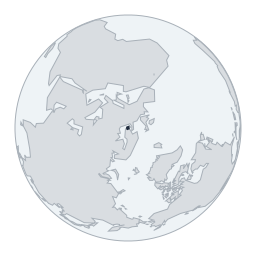 the Earth from above Skåne, rotated 167°
{"feature_id": "SWE-3429", "entity_name": "Skåne", "entity_type": "County", "adm_level": 1, "iso_a3": "SWE", "parent_name": "Sweden", "parent_adm1": "", "projection": "orthographic", "projection_center": [13.454, 55.942], "detail": "fine", "context": "on_globe", "style": "filled", "palette": "slate", "viewbox_px": 256, "rotation_deg": 167, "n_neighbors": 0, "source": "natural_earth", "source_scale": "10m", "svg_char_len": 10542}
<svg xmlns="http://www.w3.org/2000/svg" viewBox="0 0 256 256"><g transform="rotate(167 128 128)"><circle cx="128" cy="128" r="113" fill="#eef3f6" stroke="#a8b0b8"/><path d="M15.5,122.4L15.6,122.8L16.6,116.2L16.9,113.4L16.6,113.1L18.4,102.6L20.4,96.3L32.7,68.0L35.3,64.0L37.6,61.2L52.8,45.7L41.1,56.6L44.9,52.2L50.0,47.2L49.6,47.8L56.5,42.5L61.4,38.7L70.4,34.4L77.9,34.6L74.8,36.1L76.9,36.1L81.0,34.5L83.1,33.4L96.1,32.9L109.8,30.1L113.2,27.6L113.2,29.6L119.1,24.0L126.0,22.4L118.7,25.3L118.4,26.5L123.3,25.7L124.0,26.8L126.8,27.2L127.3,28.6L123.0,30.4L123.2,31.4L126.7,30.9L129.3,32.1L124.1,32.7L128.2,35.0L121.8,38.8L107.7,40.1L104.6,44.1L91.4,50.6L93.1,51.4L89.1,54.7L89.6,57.0L87.0,57.7L89.7,59.0L91.9,57.9L93.8,58.1L94.3,59.4L91.1,60.5L90.4,60.0L89.7,61.0L87.9,61.0L89.1,61.8L85.1,63.1L89.7,63.8L87.2,66.5L84.3,66.8L83.8,64.2L75.8,59.1L72.8,59.0L69.1,61.3L64.0,70.9L61.0,72.0L57.6,75.4L59.6,75.9L63.0,73.4L65.9,75.4L69.7,72.4L71.4,72.8L75.7,71.0L75.9,74.1L73.9,78.3L70.4,80.0L69.4,82.0L73.5,82.8L67.6,88.7L65.0,97.3L63.4,98.6L58.9,96.5L57.1,90.0L51.3,88.1L55.9,92.4L51.8,95.9L51.5,97.9L52.3,99.6L54.2,99.4L53.0,101.4L47.9,97.7L48.9,95.8L50.5,97.0L49.6,94.0L46.2,91.9L44.4,94.1L41.1,89.2L39.8,90.7L38.3,90.6L40.6,88.4L36.4,92.4L32.2,88.4L26.3,95.5L31.2,86.4L32.3,82.3L33.1,78.1L32.1,79.1L34.6,72.6L34.5,69.5L31.0,72.5L27.4,78.4L25.0,84.9L25.8,84.7L25.0,89.0L22.2,91.5L20.1,100.6L18.4,104.3L17.3,109.0L17.1,112.6L16.6,118.1L17.5,118.5L18.4,122.0L17.2,125.8L18.6,125.2L18.4,129.8L20.9,139.5L20.4,139.6L22.3,152.3L26.4,163.0L27.3,167.8L26.6,168.4L28.5,172.0L28.5,173.1L37.6,186.7L43.8,195.3L44.6,198.8L41.4,198.1L42.9,201.8L37.5,195.1L32.7,188.0L28.4,180.6L24.7,172.8L21.5,164.8L19.0,156.6L17.2,148.2L16.0,139.6L15.4,131.0L15.5,122.4ZM24.7,97.1L22.4,109.7L22.1,104.7L22.4,105.2L23.3,101.5L24.5,95.8L24.6,91.8L24.7,97.1ZM27.3,97.9L27.5,96.0L27.5,97.6L27.3,97.9ZM84.0,32.7L81.0,34.3L77.1,35.6L79.5,34.1L84.0,32.7ZM91.5,31.1L90.3,32.0L88.0,31.5L89.4,31.1L91.5,31.1ZM115.5,25.7L113.0,26.3L115.2,25.4L115.5,25.7ZM127.2,27.0L127.6,26.5L128.9,26.9L127.2,27.0ZM75.3,69.4L75.5,70.2L74.6,70.1L75.3,69.4ZM76.9,67.9L75.7,67.3L76.3,66.5L77.1,66.9L76.9,67.9ZM130.7,29.5L132.5,30.4L129.9,29.7L130.7,29.5ZM78.2,68.9L77.6,65.2L78.7,63.8L82.3,64.3L78.2,68.9ZM133.1,31.1L137.6,33.4L139.1,32.5L137.4,36.5L134.1,33.1L130.7,32.5L132.9,32.0L133.1,31.1ZM92.4,57.0L90.0,58.2L91.6,56.0L92.4,57.0ZM93.0,55.5L95.0,48.9L98.8,47.8L97.3,50.2L101.9,48.1L102.7,50.8L100.4,52.6L97.8,52.7L100.1,53.7L93.0,55.5ZM135.8,38.5L136.2,39.4L134.9,38.8L135.8,38.5ZM94.7,58.0L94.8,56.7L98.1,55.7L98.6,58.2L97.3,57.7L94.7,58.0ZM102.7,46.2L105.2,46.0L106.6,48.2L107.7,48.4L103.1,50.8L102.7,46.2ZM96.8,58.6L98.7,59.5L97.6,61.1L94.9,59.2L96.8,58.6ZM98.8,54.4L100.3,54.1L99.6,55.1L98.8,54.4ZM94.7,67.9L94.7,66.2L96.5,65.5L94.7,67.9ZM99.5,59.7L99.8,59.1L100.5,58.7L101.5,59.6L99.5,59.7ZM104.4,52.2L104.4,53.2L106.4,51.3L107.5,53.0L104.2,54.4L106.1,54.5L106.4,55.0L103.3,55.5L104.4,52.2ZM104.5,59.3L100.7,61.8L100.3,65.0L98.7,65.7L99.7,60.4L104.5,59.3ZM104.1,57.0L104.0,58.6L102.1,58.6L101.0,57.5L104.1,57.0ZM109.4,53.6L108.6,50.8L109.3,50.6L109.4,53.6ZM104.8,60.3L105.7,59.6L105.0,60.5L104.8,60.3ZM108.4,55.6L108.0,54.6L108.9,54.4L108.4,55.6ZM107.9,59.3L106.6,60.1L105.8,59.4L107.9,59.3ZM108.4,57.6L109.7,57.6L106.3,58.6L108.1,57.2L108.4,57.6ZM109.3,55.6L109.7,55.2L109.4,56.1L109.3,55.6ZM111.5,61.8L107.4,63.2L105.7,61.6L109.9,60.3L111.5,61.8ZM136.0,240.4L131.1,239.8L124.6,235.5L128.3,232.4L127.6,229.7L118.9,222.2L120.8,217.6L118.3,215.4L113.2,215.6L110.2,212.7L107.1,212.3L87.0,209.8L80.5,204.3L71.8,189.3L75.1,185.5L75.1,179.2L97.7,162.6L103.2,165.1L121.8,163.7L124.3,164.7L122.9,170.4L137.5,176.4L141.3,171.4L153.8,172.8L161.5,170.6L162.9,159.4L150.1,162.9L147.1,158.2L156.7,150.9L167.7,147.8L166.9,145.9L159.3,143.6L161.1,138.7L156.5,142.4L158.9,144.0L156.1,146.4L153.8,145.2L154.5,143.4L151.0,143.4L148.4,151.9L150.5,154.4L141.7,157.5L144.4,162.1L142.2,164.7L136.9,158.1L136.9,155.3L127.6,148.0L126.8,151.1L135.5,158.3L133.1,158.0L132.1,162.6L130.9,158.8L121.6,150.4L113.2,152.0L103.7,162.4L98.6,162.5L93.7,159.2L96.0,147.8L107.3,149.0L108.2,145.3L105.0,139.2L108.6,140.2L108.7,137.9L112.8,138.1L117.7,133.0L121.8,132.5L122.8,125.5L125.0,124.4L123.8,128.8L125.1,131.7L135.1,130.7L136.7,129.0L136.6,124.6L139.3,125.0L137.9,120.9L143.2,118.2L135.5,118.2L135.1,113.4L137.8,109.2L136.3,107.7L132.0,114.5L131.5,117.3L133.2,119.7L130.7,127.6L127.4,129.1L124.9,121.0L120.0,122.4L120.2,115.7L131.9,100.8L137.2,97.4L148.0,101.4L147.3,104.8L143.1,104.9L147.8,109.1L147.0,106.7L149.3,107.1L149.5,102.9L151.2,103.0L148.6,98.8L150.6,98.5L152.2,101.1L154.3,94.8L158.2,93.2L157.9,91.7L156.4,90.7L162.5,89.4L161.9,88.4L159.8,88.4L157.3,86.5L155.4,82.7L157.6,82.5L158.6,83.8L164.0,86.4L166.3,90.2L167.0,89.7L165.5,86.4L158.9,83.2L157.1,81.0L160.4,82.0L159.1,81.5L158.9,80.3L160.7,79.0L157.2,77.7L152.0,66.1L155.1,62.6L158.5,64.7L157.2,57.0L160.8,54.1L158.8,54.0L156.8,50.6L155.6,51.4L154.5,51.2L148.9,43.2L149.3,41.3L144.6,38.2L143.5,38.3L143.0,39.4L137.4,36.5L139.1,32.5L141.3,32.6L140.9,30.1L146.1,30.8L150.2,30.4L156.2,32.8L158.9,32.5L158.4,31.6L161.7,30.5L170.3,31.9L165.6,34.7L153.2,34.4L158.4,34.7L157.9,35.9L160.2,36.8L163.9,37.1L163.9,36.3L173.2,43.9L183.4,48.2L181.0,44.4L182.4,43.0L191.9,45.6L207.1,58.4L209.1,57.5L211.1,58.7L213.5,62.2L210.7,60.5L210.6,62.4L208.6,61.0L211.6,66.4L208.8,64.7L212.5,69.9L214.2,69.9L212.6,65.6L216.9,71.2L218.9,69.7L222.3,72.4L229.4,85.0L232.0,93.9L232.8,95.4L232.2,97.0L233.9,103.0L237.0,104.1L237.8,106.1L239.3,115.8L238.9,114.5L237.4,118.7L238.9,124.7L240.1,122.7L240.6,125.3L240.4,128.3L239.7,126.3L239.2,127.7L238.0,123.0L235.1,119.4L234.8,125.0L233.6,122.3L229.6,121.5L228.5,129.5L227.6,146.0L229.5,153.4L228.3,159.6L221.9,155.4L218.1,149.6L216.3,153.0L209.2,151.7L198.4,161.1L196.4,159.9L194.5,162.7L189.4,163.5L186.2,161.1L183.3,163.1L191.8,169.2L194.8,166.9L196.7,161.2L198.6,163.9L203.4,163.6L199.7,175.7L183.0,193.0L180.6,187.8L163.9,175.1L164.0,172.8L163.9,172.5L163.6,172.1L162.9,176.2L159.8,173.1L169.5,183.8L171.5,188.6L182.8,193.5L181.9,194.9L185.3,195.1L195.3,187.1L195.5,189.0L191.3,200.3L176.8,216.9L178.3,221.4L176.5,225.6L166.6,231.1L166.5,232.7L161.2,234.8L160.3,235.6L155.5,237.2L149.6,238.5L136.0,240.4ZM90.8,173.3L90.4,175.3L90.8,173.3ZM180.1,149.5L186.2,146.4L182.1,141.2L184.1,139.6L182.0,138.5L181.8,140.8L176.4,137.4L178.5,133.8L177.1,131.2L175.0,132.1L171.9,139.3L179.7,144.2L178.8,147.7L180.1,149.5ZM21.0,139.7L21.2,141.7L20.7,140.1L21.0,139.7ZM21.2,105.4L21.1,107.5L20.8,109.2L20.7,107.8L21.2,105.4ZM22.6,122.5L23.0,125.1L22.3,123.0L22.6,122.5ZM22.3,111.6L22.3,120.5L21.1,116.9L21.2,111.4L21.6,114.3L22.3,111.6ZM25.6,99.0L25.4,100.5L24.9,100.8L25.6,99.0ZM27.3,99.1L27.2,98.7L27.7,97.5L27.3,99.1ZM52.1,96.1L52.5,96.5L52.9,98.4L51.9,98.0L52.1,96.1ZM59.2,104.7L57.1,107.6L57.9,105.1L56.2,105.0L55.8,99.6L62.6,99.0L59.6,100.2L59.2,104.7ZM57.2,92.6L56.7,95.9L57.0,92.3L57.2,92.6ZM104.9,126.0L106.6,127.7L105.5,130.3L100.3,131.3L101.9,127.6L104.9,126.0ZM109.3,129.6L108.2,121.5L111.4,120.7L109.8,122.5L112.0,122.8L110.0,125.8L114.1,133.1L113.3,135.9L104.2,136.0L107.6,134.4L105.7,132.7L109.3,129.6ZM99.9,104.0L99.5,101.0L106.9,103.1L106.4,105.7L101.3,106.8L98.8,104.4L99.9,104.0ZM84.8,70.6L84.2,69.6L85.1,69.3L86.3,69.8L84.8,70.6ZM94.6,67.1L88.5,74.6L87.5,73.8L85.2,79.3L81.5,79.5L83.2,75.8L78.6,80.2L78.6,77.0L75.9,80.3L79.8,72.2L79.7,69.6L81.3,72.4L84.6,72.3L86.0,71.5L89.8,67.3L91.1,62.0L94.6,61.2L96.8,62.1L97.0,63.2L94.6,63.3L96.6,64.8L93.4,65.9L94.6,67.1ZM120.0,75.2L117.1,74.4L120.6,78.4L117.4,79.1L118.0,79.5L116.0,81.4L114.6,84.4L113.0,84.3L113.1,85.5L111.8,86.8L111.5,88.5L108.5,89.0L107.9,91.1L106.8,90.1L106.5,93.7L105.4,91.3L103.6,92.9L105.6,94.4L90.5,93.8L85.0,95.7L81.0,98.8L79.7,94.4L82.6,88.9L87.7,83.7L93.2,82.6L91.6,81.0L93.7,80.0L94.1,81.7L94.8,78.5L96.7,78.2L101.2,74.1L101.1,69.9L102.8,68.4L103.7,69.9L104.7,67.4L107.6,69.2L108.9,68.2L113.0,69.1L114.1,72.8L115.5,71.4L118.7,72.1L120.0,75.2ZM112.7,62.1L114.8,66.1L114.0,68.5L107.1,65.9L105.6,66.6L101.2,65.2L102.3,61.8L103.5,62.5L104.9,62.3L104.0,63.5L105.7,62.5L107.4,63.4L109.2,63.0L109.4,64.4L112.7,62.1ZM126.6,162.5L128.4,162.6L131.2,162.2L130.6,165.2L126.6,162.5ZM120.2,156.8L121.7,156.5L122.2,160.3L120.4,160.2L120.2,156.8ZM122.2,153.0L121.8,156.1L120.9,154.4L122.2,153.0ZM125.2,128.3L126.8,127.7L127.2,128.6L126.5,130.2L125.2,128.3ZM129.6,87.8L128.1,86.8L128.5,86.2L126.9,82.7L129.2,82.0L131.0,83.8L129.6,87.8ZM161.0,161.9L159.0,164.6L157.7,164.0L158.6,163.2L161.0,161.9ZM144.3,165.8L148.3,166.4L144.1,166.6L144.3,165.8ZM131.8,86.5L130.9,85.1L132.6,85.6L131.8,86.5ZM130.8,81.3L132.7,81.5L129.3,81.5L130.8,81.3ZM193.4,216.5L184.6,225.0L179.9,227.5L179.9,226.7L183.7,222.4L189.4,218.5L192.3,215.2L193.4,216.5ZM240.5,134.5L239.0,135.2L239.6,131.9L240.6,127.3L240.5,134.5ZM229.9,153.6L231.9,155.3L231.0,157.9L229.9,153.6ZM235.3,93.7L234.1,90.3L234.3,90.7L235.3,93.7ZM232.4,85.7L232.8,86.8L232.8,87.0L232.4,85.7ZM233.9,97.2L234.4,100.0L233.8,99.1L232.9,95.2L233.9,97.2ZM224.8,74.9L226.9,77.4L227.7,78.7L226.9,78.3L224.8,74.9ZM149.9,79.6L149.5,85.1L150.8,88.9L153.9,90.6L149.4,90.7L147.5,84.8L149.9,79.6ZM151.5,67.7L148.8,66.4L150.0,65.5L150.8,65.7L151.5,67.7ZM149.9,67.9L146.5,69.1L145.0,67.5L148.0,66.9L149.9,67.9ZM139.2,77.6L139.0,79.3L137.6,78.8L139.2,77.6ZM231.3,83.2L232.5,86.1L230.0,81.7L229.1,79.5L231.4,83.6L231.0,82.5L231.3,83.2ZM210.4,55.2L209.2,54.6L207.7,52.6L209.0,53.5L210.4,55.2ZM201.8,46.0L207.0,51.9L210.9,57.0L210.8,56.2L213.8,58.9L212.7,59.2L208.1,54.4L205.6,50.8L202.9,49.0L199.6,45.9L196.8,44.9L194.7,43.3L196.4,43.2L201.8,46.0ZM195.7,44.6L189.7,42.3L187.9,39.4L188.9,39.2L192.4,41.5L193.1,42.9L195.7,44.6ZM187.7,40.9L188.4,42.3L180.9,42.9L178.9,42.4L183.6,40.1L184.5,41.3L186.6,41.7L187.7,40.9ZM137.3,39.1L136.3,39.4L136.6,38.6L137.3,39.1ZM153.9,51.7L152.5,51.2L152.9,50.2L153.9,51.7ZM148.6,49.4L149.2,50.8L147.7,49.4L148.6,49.4ZM150.7,54.1L149.0,51.5L151.9,53.9L150.7,54.1Z" fill="#d9dde1" stroke="#a8b0b8" stroke-width="1"/><path d="M129.2,127.8L129.0,128.0L128.9,128.1L128.8,128.3L128.8,128.5L129.0,128.7L129.0,128.8L128.9,128.9L128.9,129.0L128.7,129.1L128.4,129.0L128.2,129.0L127.9,129.2L127.6,129.1L127.4,129.1L127.5,129.0L127.4,129.0L127.5,129.0L127.5,128.9L127.4,128.8L127.4,128.7L127.5,128.6L127.5,128.4L127.4,128.4L127.4,128.2L127.2,128.0L127.2,127.9L127.1,127.7L127.0,127.4L126.9,127.3L127.1,127.4L127.3,127.4L127.2,127.3L127.2,127.2L127.3,127.0L127.5,127.0L127.8,127.2L128.0,127.1L128.6,126.9L128.8,126.8L129.0,126.9L129.1,127.0L129.1,127.3L129.2,127.5L129.2,127.8Z" fill="#64748b" stroke="#1e293b" stroke-width="1.5"/></g></svg>